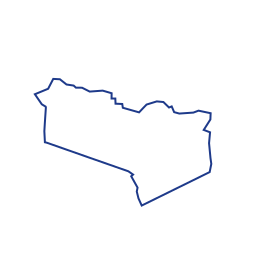 Fauquier, Virginia, United States of America (Robinson projection), rotated 138°
{"feature_id": "52423323B4904973156083", "entity_name": "Fauquier", "entity_type": "district", "adm_level": 2, "iso_a3": "USA", "parent_name": "United States of America", "parent_adm1": "Virginia", "projection": "robinson", "projection_center": [-77.825, 38.712], "detail": "fine", "context": "isolated", "style": "outline", "palette": "blue", "viewbox_px": 256, "rotation_deg": 138, "n_neighbors": 0, "source": "geoboundaries", "source_scale": "gbopen_adm2", "svg_char_len": 792}
<svg xmlns="http://www.w3.org/2000/svg" viewBox="0 0 256 256"><g transform="rotate(138 128 128)"><path d="M103.1,132.7L109.3,132.2L118.3,146.5L116.2,149.7L121.0,154.4L117.7,158.4L120.5,160.9L116.9,164.8L121.8,172.7L132.1,180.7L135.2,188.7L139.7,192.8L140.0,195.9L144.6,201.5L146.0,209.8L150.7,214.5L161.1,210.6L174.6,215.4L176.2,203.3L174.9,199.0L175.3,198.2L185.6,188.2L192.3,181.6L199.3,173.0L198.3,171.6L187.8,152.4L177.0,132.6L166.3,113.1L163.9,108.8L163.9,108.7L156.7,95.6L155.4,90.0L157.9,90.0L160.8,77.3L164.0,74.9L167.3,68.7L169.7,61.2L96.8,40.6L90.1,45.6L86.8,50.5L77.9,62.5L69.9,69.9L73.0,75.9L61.1,79.2L56.7,83.7L64.0,93.7L69.1,95.7L80.2,104.4L83.1,108.9L81.1,114.8L83.8,115.8L84.3,123.6L88.8,128.5L98.5,133.0L103.1,132.7Z" fill="none" stroke="#1e3a8a" stroke-width="2"/></g></svg>